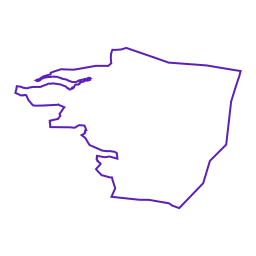 outline of Eidfjord nor, Hordaland, Norway
{"feature_id": "86288312B69924208122443", "entity_name": "Eidfjord nor", "entity_type": "district", "adm_level": 2, "iso_a3": "NOR", "parent_name": "Norway", "parent_adm1": "Hordaland", "projection": "robinson", "projection_center": [7.063, 60.345], "detail": "fine", "context": "isolated", "style": "outline", "palette": "violet", "viewbox_px": 256, "rotation_deg": 0, "n_neighbors": 0, "source": "geoboundaries", "source_scale": "gbopen_adm2", "svg_char_len": 4908}
<svg xmlns="http://www.w3.org/2000/svg" viewBox="0 0 256 256"><path d="M230.6,106.2L231.1,101.7L233.5,93.9L235.8,86.6L237.1,82.6L237.3,82.1L237.9,80.0L238.4,78.7L238.7,78.0L239.2,76.5L240.6,71.0L237.1,70.5L234.0,70.0L206.3,65.4L168.5,62.6L167.0,62.0L158.0,58.9L155.9,58.1L142.5,53.5L126.3,47.9L121.0,49.5L115.6,49.9L112.4,49.8L111.7,51.6L111.3,53.2L111.1,53.3L111.0,55.6L110.8,57.5L111.1,62.1L111.3,63.2L108.3,65.9L95.4,65.9L92.2,66.5L78.6,68.9L73.5,69.7L66.8,69.5L61.1,69.2L57.6,70.4L56.4,70.7L52.6,72.0L52.2,72.3L50.7,72.7L50.6,74.3L45.3,75.8L43.1,76.5L42.6,76.8L41.8,77.3L40.1,78.5L39.9,78.8L39.6,79.3L37.5,79.4L37.2,79.6L36.9,79.8L36.4,80.1L35.9,80.4L36.1,80.5L36.8,80.9L37.1,81.1L37.7,81.1L39.5,80.6L40.3,80.0L40.3,79.9L40.6,79.6L41.5,78.9L43.5,78.0L43.9,77.9L44.0,77.8L44.5,77.6L45.0,77.6L45.5,77.5L46.2,77.4L46.4,77.3L48.0,77.0L50.2,77.0L50.4,76.8L51.3,76.8L51.9,76.8L52.4,76.6L53.5,76.7L54.2,76.6L54.8,76.7L55.0,76.7L55.1,76.8L55.3,76.7L55.6,76.8L57.1,76.8L57.8,77.1L58.2,77.3L58.8,77.5L59.2,77.6L60.0,77.7L60.4,77.8L60.5,78.0L61.1,78.3L61.3,78.4L61.6,78.3L61.7,78.5L61.8,78.6L62.1,78.7L63.4,79.0L64.0,79.0L65.1,79.3L65.4,79.3L65.6,79.4L66.1,79.5L66.9,79.7L66.9,79.8L67.1,79.9L67.5,80.0L67.8,80.3L68.4,80.6L68.5,80.8L69.1,81.0L69.3,81.1L70.1,81.1L71.4,81.8L72.8,82.1L74.0,82.0L74.7,82.2L75.2,82.2L75.6,82.1L76.2,82.0L76.3,81.9L77.3,81.3L78.2,81.1L78.4,80.9L78.9,80.6L79.0,80.4L79.4,80.3L80.6,80.1L80.8,80.0L81.2,80.0L82.1,79.6L82.4,79.6L83.0,79.7L83.4,79.5L83.6,79.4L84.3,79.1L85.3,78.8L85.9,79.0L86.1,79.1L86.6,79.2L87.0,78.8L87.3,78.5L87.5,78.5L87.5,78.3L87.9,78.0L88.7,77.8L89.7,77.8L90.1,78.0L90.0,78.5L89.9,78.7L90.2,78.8L89.8,79.0L89.7,79.1L89.8,79.4L89.8,79.6L89.7,79.7L89.7,79.8L89.9,79.8L90.0,79.7L90.6,79.7L91.0,79.6L90.2,79.8L89.7,79.9L89.5,80.0L88.9,80.2L88.6,80.4L87.9,80.5L87.1,80.7L86.6,80.7L86.0,80.6L85.8,80.5L85.3,80.4L85.1,80.5L84.9,80.7L84.7,80.8L84.3,81.1L84.2,81.2L84.1,81.3L83.9,81.5L82.5,81.9L80.7,82.1L80.3,82.1L80.1,82.5L79.9,83.1L79.6,83.3L79.8,83.5L79.6,83.9L79.4,84.0L79.1,84.0L78.6,84.2L78.5,84.3L78.3,84.5L78.2,84.6L77.9,84.6L77.6,84.6L76.3,84.5L75.8,84.6L75.6,84.7L75.5,84.8L74.7,85.3L74.7,85.8L74.2,86.4L74.2,86.6L74.0,87.3L73.9,87.5L73.4,87.6L73.1,87.6L72.8,87.7L72.8,87.8L73.0,88.2L73.0,88.3L72.8,88.4L72.4,87.7L72.2,87.9L72.1,88.0L71.9,87.9L71.7,88.2L71.8,88.2L71.7,88.4L71.8,88.6L71.7,88.7L71.8,88.7L70.8,89.2L70.2,89.5L69.8,89.6L69.3,89.2L69.6,89.2L69.1,89.1L68.9,89.0L68.9,88.9L68.7,88.7L68.6,88.4L68.2,88.4L67.3,88.1L67.1,87.8L66.6,87.4L66.1,86.7L65.8,86.5L64.1,85.9L62.9,85.5L61.8,84.9L60.2,84.4L59.3,84.3L56.5,83.9L56.2,83.8L55.5,83.7L54.2,83.6L53.9,83.5L52.9,83.4L51.7,83.5L51.4,83.7L51.2,83.8L50.5,83.8L50.2,83.7L49.6,83.6L48.3,83.7L47.8,83.9L47.5,84.0L47.4,84.2L46.0,84.8L45.3,84.9L44.3,85.4L42.1,86.1L41.8,86.4L41.5,86.5L41.1,86.7L40.9,86.8L40.6,86.8L40.2,86.9L39.2,87.0L37.5,86.9L36.8,86.9L35.8,87.0L34.9,86.9L33.4,87.0L32.6,86.9L31.5,87.1L31.3,87.1L30.9,87.4L29.8,87.5L28.6,87.7L28.1,88.1L27.3,88.2L26.7,88.2L26.2,88.2L25.4,88.1L24.6,87.9L24.4,87.8L23.6,87.8L23.1,87.7L22.7,87.7L22.1,87.2L21.7,87.1L21.4,86.9L20.9,86.9L20.6,86.7L16.8,86.2L16.6,86.7L16.6,86.9L16.7,87.5L16.4,88.4L16.5,89.1L15.9,90.5L15.5,92.6L15.4,92.9L17.6,93.8L21.1,95.5L21.9,95.2L22.0,95.2L22.5,95.4L23.0,95.2L23.7,95.4L23.9,95.3L24.1,95.1L24.4,95.1L24.9,94.9L25.3,95.1L25.6,95.1L26.2,95.2L28.4,100.0L29.1,100.9L29.8,101.7L31.6,103.9L33.1,105.4L36.1,105.7L43.7,105.5L57.2,104.8L58.1,104.7L58.4,104.5L59.0,105.0L63.8,107.0L64.3,107.2L62.5,109.7L62.2,110.3L59.5,114.0L59.8,114.5L60.3,115.2L60.3,115.3L60.2,115.6L60.3,115.7L60.3,115.9L60.2,116.1L59.8,116.5L59.4,117.0L59.2,117.3L58.8,117.6L58.1,118.9L49.8,120.7L50.1,121.5L49.8,121.8L49.7,122.3L49.9,122.9L49.9,123.2L50.1,123.4L50.0,123.9L50.3,124.8L50.2,125.4L50.1,125.7L50.1,126.1L50.3,126.7L50.3,127.1L69.3,127.3L70.3,127.3L73.9,127.7L74.8,127.7L78.9,125.2L84.3,125.5L85.1,126.9L85.3,127.4L85.5,128.2L86.3,130.1L85.3,130.3L85.2,130.6L85.4,131.0L85.0,131.5L84.9,131.8L84.8,132.1L84.9,132.3L85.1,132.5L84.9,132.7L84.8,133.1L84.6,133.2L84.6,133.4L84.4,133.5L84.1,133.8L81.6,135.1L85.3,138.0L88.0,142.5L89.5,145.0L100.7,149.9L101.5,150.2L102.0,150.6L107.5,151.2L110.1,151.1L114.5,151.8L116.6,153.0L116.8,153.1L117.3,157.2L117.4,158.7L109.7,156.6L108.8,156.5L107.4,156.9L105.9,157.1L104.4,157.1L103.3,157.0L96.9,155.8L96.8,156.0L96.8,156.5L97.0,157.0L97.0,157.3L96.9,157.4L96.9,157.7L97.0,157.9L96.8,158.1L96.8,158.6L96.5,159.0L97.1,159.8L97.4,160.3L97.6,160.5L97.3,160.8L97.3,161.0L98.1,161.5L98.9,162.3L99.6,162.7L99.9,162.8L100.4,163.3L100.6,164.0L96.3,168.7L96.0,169.1L96.7,169.9L97.5,170.9L101.5,175.1L110.0,177.4L112.0,177.4L112.1,177.5L112.3,179.1L112.5,179.8L115.0,187.6L115.2,188.4L114.6,189.8L113.0,193.3L111.5,196.8L138.6,199.7L141.0,199.8L145.3,199.8L149.2,199.9L167.2,203.0L168.9,203.3L169.7,203.8L172.3,205.6L179.2,208.1L203.2,183.2L209.9,160.9L226.2,144.6L230.6,106.2Z" fill="none" stroke="#5b21b6" stroke-width="2"/></svg>